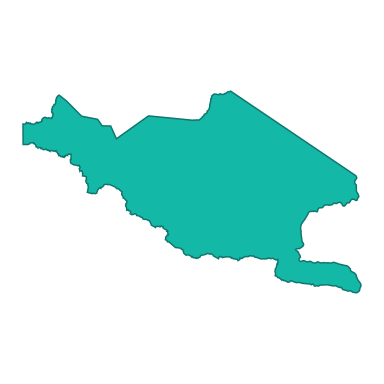 Ialibu/Pangia District, Southern Highlands, Papua New Guinea (Albers equal-area conic projection)
{"feature_id": "67681753B63732128792542", "entity_name": "Ialibu/Pangia District", "entity_type": "district", "adm_level": 2, "iso_a3": "PNG", "parent_name": "Papua New Guinea", "parent_adm1": "Southern Highlands", "projection": "albers", "projection_center": [144.242, -6.409], "detail": "fine", "context": "isolated", "style": "filled", "palette": "teal", "viewbox_px": 384, "rotation_deg": 0, "n_neighbors": 0, "source": "geoboundaries", "source_scale": "gbopen_adm2", "svg_char_len": 5965}
<svg xmlns="http://www.w3.org/2000/svg" viewBox="0 0 384 384"><path d="M355.8,175.7L230.7,91.2L230.5,91.5L227.6,91.9L225.8,93.5L224.9,93.4L224.6,93.9L222.2,94.6L220.1,93.7L219.1,94.7L214.5,94.0L213.3,94.5L211.7,96.1L211.5,98.3L210.7,98.9L210.9,99.9L210.5,101.2L210.8,101.9L210.3,102.5L209.7,105.4L209.8,106.4L208.8,109.7L207.2,111.2L206.8,113.1L204.3,114.4L203.7,116.0L202.5,116.7L202.2,117.6L199.9,119.3L199.7,119.7L198.2,120.2L196.8,119.8L195.9,120.2L193.7,120.0L193.2,120.3L148.5,115.9L116.4,138.8L110.7,126.0L102.2,125.9L97.6,119.3L81.6,116.2L66.5,101.0L59.1,95.1L58.0,95.8L56.6,97.6L55.9,100.0L55.7,102.4L55.4,103.7L54.7,104.7L54.1,104.5L53.1,106.6L52.5,106.8L52.3,108.2L51.7,109.3L52.2,110.2L51.6,111.2L51.9,112.4L52.5,112.7L52.4,113.6L53.2,114.2L52.4,116.9L51.7,117.6L51.7,118.4L48.4,117.8L47.7,118.3L47.2,118.0L46.5,117.9L45.4,117.3L43.7,117.6L42.2,119.1L41.6,120.5L42.0,121.2L41.4,121.4L40.6,122.2L39.6,122.2L39.2,122.5L37.2,122.3L37.5,123.0L36.2,122.6L34.8,123.9L33.8,124.4L32.9,124.0L31.7,124.1L30.1,123.0L29.7,123.6L28.2,122.8L27.4,123.3L26.4,122.4L25.9,123.4L24.8,124.3L23.0,124.0L23.1,144.5L28.0,144.5L29.5,143.9L30.0,143.0L32.8,142.7L33.6,143.5L34.0,143.0L34.9,144.2L35.7,144.9L36.1,146.8L37.1,147.0L38.0,148.1L38.4,147.5L40.8,147.7L40.9,148.6L41.7,148.4L41.9,148.8L43.5,149.7L45.0,149.5L45.7,149.2L46.4,149.2L46.8,150.0L47.6,150.0L47.9,150.3L48.3,150.1L48.6,150.5L49.9,151.3L49.9,150.6L51.8,150.7L52.2,150.5L53.5,151.2L55.7,150.7L55.3,151.3L56.0,151.5L56.2,151.8L57.0,151.9L57.8,153.8L58.7,153.9L58.7,155.6L60.1,155.8L60.5,156.4L62.7,157.0L62.7,156.4L63.1,156.6L64.1,157.4L64.9,156.7L64.2,156.4L65.6,155.3L67.4,155.5L67.2,155.0L67.8,154.7L68.1,154.1L68.7,154.0L69.5,154.3L71.1,154.2L71.0,158.5L70.5,159.5L70.9,159.6L70.4,160.2L70.6,162.9L72.2,164.0L73.9,164.9L76.3,165.2L77.2,165.6L78.8,165.8L79.1,165.4L80.1,167.5L79.3,168.7L79.9,171.2L80.3,170.7L81.1,171.0L81.7,170.7L82.7,172.8L82.5,173.6L82.8,174.8L82.5,175.9L85.1,176.2L86.2,176.8L86.5,179.4L85.8,180.3L86.0,181.9L86.7,183.3L88.0,183.9L87.8,185.1L88.4,187.0L88.1,188.7L87.8,189.6L87.6,191.3L87.3,192.3L89.1,192.9L89.7,192.9L92.1,193.7L93.1,193.3L95.1,193.7L96.7,193.1L97.5,190.4L99.1,188.3L100.0,187.8L100.9,188.4L101.2,187.2L102.6,186.9L103.7,185.6L104.0,184.6L106.3,184.3L108.0,184.7L109.3,184.4L115.1,186.9L116.9,188.7L118.4,188.6L120.0,190.3L122.0,191.9L121.7,194.3L122.4,195.8L123.3,196.9L123.2,198.0L123.9,198.0L125.9,200.2L126.7,200.7L126.7,201.8L126.9,202.7L125.6,204.2L125.9,204.8L125.7,206.2L126.2,206.7L126.7,208.3L126.8,210.3L128.2,209.7L128.6,210.6L130.3,211.2L130.7,212.3L130.1,213.7L131.9,214.7L133.5,214.4L134.6,213.7L136.3,214.2L136.6,215.5L139.0,215.9L140.4,216.9L142.2,217.5L142.8,218.8L144.2,219.4L146.5,219.4L148.6,220.6L148.9,220.4L149.7,221.0L151.5,225.3L154.3,226.6L155.2,227.5L155.9,226.5L156.5,226.7L158.4,226.2L160.0,226.9L161.2,225.9L162.7,227.1L163.0,226.8L163.4,228.3L167.4,230.5L166.8,231.3L167.9,231.7L167.6,232.6L168.5,234.8L167.3,234.9L166.6,236.4L165.8,236.9L165.4,239.7L167.1,240.5L167.4,241.8L169.1,242.0L175.4,247.5L180.3,248.1L180.9,248.8L181.8,249.2L182.2,249.7L183.0,249.9L183.8,253.2L185.8,255.1L188.6,254.9L190.4,255.7L191.8,257.2L192.5,256.6L193.1,257.7L194.9,257.8L196.3,258.4L196.8,257.7L197.9,258.3L198.5,257.7L199.9,257.1L201.0,255.3L204.3,254.8L207.8,253.4L210.0,254.2L211.1,253.7L212.7,254.7L213.6,256.0L218.5,258.7L218.9,257.4L220.0,256.3L221.0,257.0L221.7,256.8L222.6,257.6L224.5,257.0L230.0,256.8L230.6,257.6L231.2,257.5L231.7,258.2L232.3,257.9L233.1,258.7L237.3,259.4L238.0,260.6L239.8,259.6L239.9,258.0L242.0,258.5L243.5,257.3L244.9,256.7L248.8,256.5L249.3,255.7L252.8,256.1L253.3,255.8L255.0,257.2L256.3,257.3L260.8,258.9L267.0,258.8L267.4,258.1L268.2,258.3L269.4,258.0L270.8,258.8L271.3,258.5L272.5,258.2L276.2,260.0L277.8,259.5L277.9,261.3L277.8,263.0L277.2,263.3L277.7,264.1L276.9,264.6L276.4,267.2L275.2,269.4L275.5,270.4L274.9,271.6L275.6,273.3L275.2,275.7L277.0,276.5L277.9,277.6L279.4,277.9L281.8,280.2L282.4,279.9L283.2,280.0L283.6,280.6L284.8,280.6L287.9,282.2L289.7,281.9L290.6,280.6L296.1,282.6L299.9,282.5L302.2,283.3L310.5,284.1L311.3,284.8L313.1,284.0L314.5,286.1L316.6,285.8L318.5,286.1L320.2,285.1L327.4,284.8L333.4,286.0L334.4,285.7L335.6,285.8L338.0,286.9L340.3,287.6L341.4,287.4L342.7,289.5L346.1,290.4L348.0,291.1L350.5,290.8L353.2,292.4L354.3,292.4L356.1,292.8L357.1,292.6L358.4,291.8L359.1,291.1L359.7,290.0L359.9,288.2L360.7,286.7L361.0,285.5L360.8,284.2L359.6,282.1L358.1,280.3L356.6,277.1L356.5,276.2L355.8,274.4L354.4,273.0L351.1,271.3L350.6,270.6L350.4,269.2L350.0,268.4L348.1,266.5L346.9,265.8L343.7,265.2L341.9,264.7L339.1,264.1L335.5,262.8L333.4,262.3L331.1,263.1L330.1,263.1L328.9,262.8L325.1,262.9L324.3,262.6L323.2,262.6L321.9,262.9L320.2,262.9L318.2,261.9L317.3,261.9L315.9,262.9L314.1,263.0L312.9,262.7L310.7,261.4L309.7,261.3L308.3,261.8L306.6,261.8L303.9,260.6L302.7,260.8L301.3,261.4L300.1,261.4L299.1,260.3L299.0,259.3L299.4,258.4L300.4,257.1L300.0,255.4L299.0,254.1L298.4,252.2L297.4,251.2L296.2,250.6L295.7,249.9L295.6,249.5L296.8,248.7L299.6,248.6L302.4,246.6L303.3,245.7L303.6,244.8L303.4,243.5L302.4,242.0L302.0,241.0L301.7,238.9L301.6,237.6L301.4,237.1L301.0,232.8L301.1,231.5L300.6,228.8L300.7,226.5L301.4,224.3L302.8,222.0L304.7,219.5L307.5,214.9L308.5,212.7L309.0,212.1L309.7,211.6L312.8,211.3L313.2,211.5L314.6,211.0L316.4,211.7L317.2,211.6L317.8,210.7L317.8,209.7L318.1,209.1L319.0,208.1L319.5,207.8L321.9,207.8L323.2,206.9L324.0,205.7L324.7,205.2L325.9,204.9L327.4,204.9L328.9,205.2L331.9,204.8L333.7,203.4L334.4,203.1L335.6,203.5L336.6,203.5L338.4,202.5L339.7,202.2L340.3,202.4L342.1,204.1L342.6,205.4L343.3,206.0L344.0,206.1L345.1,205.5L346.0,204.2L346.8,203.3L347.6,202.8L349.4,202.7L351.1,199.9L351.9,199.3L353.2,199.2L354.0,199.4L355.9,200.4L356.6,200.4L357.0,200.2L357.3,199.7L357.5,198.2L358.7,196.9L358.8,196.2L358.1,194.2L356.4,191.3L356.3,185.0L354.9,183.5L354.6,181.7L355.0,180.7L356.7,178.3L356.7,177.3L355.8,175.7Z" fill="#14b8a6" stroke="#0f766e" stroke-width="1.5"/></svg>